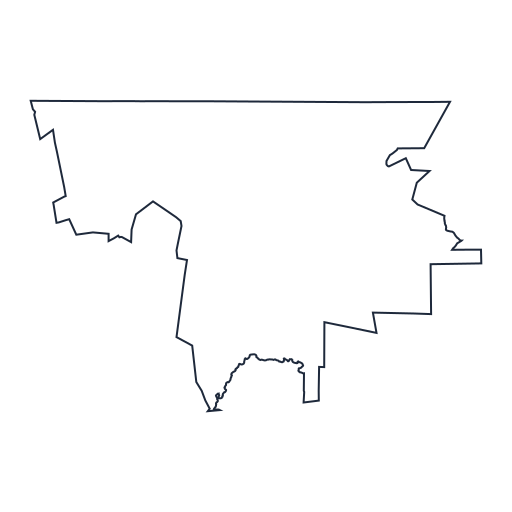 the district of Agua Prieta, Sonora, Mexico
{"feature_id": "50627088B23353633303984", "entity_name": "Agua Prieta", "entity_type": "district", "adm_level": 2, "iso_a3": "MEX", "parent_name": "Mexico", "parent_adm1": "Sonora", "projection": "orthographic", "projection_center": [-109.212, 31.022], "detail": "fine", "context": "isolated", "style": "outline", "palette": "slate", "viewbox_px": 512, "rotation_deg": 0, "n_neighbors": 0, "source": "geoboundaries", "source_scale": "gbopen_adm2", "svg_char_len": 5772}
<svg xmlns="http://www.w3.org/2000/svg" viewBox="0 0 512 512"><path d="M450.0,101.8L431.2,102.0L418.5,102.0L385.4,102.1L364.9,102.2L281.9,101.7L214.5,101.3L145.7,101.2L144.0,101.3L130.6,101.1L103.1,101.2L30.7,100.8L32.9,109.3L35.1,111.8L34.3,114.8L40.2,139.1L53.0,129.8L54.9,142.6L57.0,152.1L64.2,187.2L65.7,196.1L64.1,196.7L53.2,202.5L53.7,205.2L56.5,222.8L58.8,222.4L66.0,220.1L69.2,219.2L76.3,234.7L92.9,232.4L108.6,233.8L108.6,241.1L113.9,238.3L118.2,235.6L119.4,237.3L121.0,236.9L122.0,237.1L131.1,242.1L131.6,229.5L136.0,214.3L153.0,201.4L176.1,217.2L180.7,221.1L181.5,226.0L178.0,242.9L176.5,250.4L177.4,258.1L187.0,260.0L184.7,274.9L176.5,337.1L192.2,345.6L196.3,382.0L201.7,390.8L205.3,400.4L209.7,408.7L207.8,411.2L219.8,410.1L218.8,409.6L218.1,409.5L216.5,409.5L215.8,409.7L213.9,409.2L214.1,408.6L214.4,408.3L214.9,407.7L215.2,407.3L215.5,407.1L215.6,406.8L215.6,406.5L216.0,405.9L216.0,405.7L216.0,404.9L216.2,404.5L216.0,403.5L216.0,403.4L216.2,403.1L216.3,402.6L216.5,402.5L216.9,402.1L217.2,402.0L217.4,401.7L217.7,401.4L217.8,400.2L217.5,399.8L217.4,399.6L217.2,399.3L217.3,399.0L217.3,398.8L216.9,397.6L216.5,396.9L216.1,396.1L216.1,395.8L216.0,395.4L216.3,395.1L216.5,395.0L216.6,394.8L216.9,394.5L217.0,394.5L217.3,394.2L217.8,393.7L218.0,393.7L218.1,393.9L218.6,393.7L218.6,393.8L218.7,394.2L218.9,394.4L219.2,395.5L219.0,395.8L218.9,396.1L218.6,396.8L218.4,397.2L218.4,397.5L218.5,397.8L219.0,398.2L219.9,398.3L220.4,398.3L221.0,398.2L221.8,397.8L221.9,397.4L222.0,397.2L222.3,396.4L222.6,396.4L222.7,395.1L222.9,395.0L222.8,394.5L222.8,394.2L222.9,393.9L223.3,393.4L223.9,392.7L224.3,392.2L224.5,392.2L224.8,392.1L225.0,392.1L225.2,391.9L225.8,391.1L226.1,390.3L226.1,390.0L226.0,389.8L224.9,388.9L224.8,388.7L224.6,388.0L224.6,387.7L224.8,387.4L224.6,387.3L224.8,386.8L225.5,385.6L225.8,385.4L225.9,385.2L226.0,385.1L226.1,384.8L226.0,384.4L226.0,383.9L226.3,383.0L226.4,382.8L226.6,382.7L227.3,382.3L227.5,382.1L227.8,382.1L228.5,382.3L228.7,382.2L229.1,381.8L229.6,381.0L230.4,379.9L230.5,379.6L230.5,379.3L230.5,378.9L230.9,377.7L231.2,377.4L231.2,376.8L231.4,376.4L231.5,376.1L231.8,375.7L231.9,375.3L231.5,374.9L231.3,374.7L231.3,374.4L231.5,373.8L231.6,373.4L232.1,372.9L233.0,372.2L233.3,371.9L233.6,371.7L233.9,371.7L234.5,371.4L235.1,371.0L235.4,370.6L235.7,370.0L235.7,369.9L235.4,369.7L235.4,369.4L235.5,369.2L236.2,368.5L236.7,368.3L237.0,368.1L237.2,367.6L237.6,367.2L238.0,367.1L238.3,366.8L238.4,366.2L238.5,365.8L238.7,365.2L239.0,364.8L239.1,364.7L239.1,364.4L239.1,364.1L239.5,363.9L239.8,363.9L240.4,364.1L241.0,364.4L241.8,364.5L242.1,364.4L242.6,364.3L243.1,364.0L243.5,363.8L243.7,363.6L244.1,362.8L244.2,362.5L244.2,361.4L244.6,360.3L244.6,360.0L244.7,359.7L244.7,359.2L244.9,359.0L245.0,359.0L245.3,358.8L245.3,358.4L245.5,358.3L246.0,358.6L246.4,358.9L246.7,359.0L247.0,359.0L247.3,358.9L247.5,358.8L248.5,358.0L249.3,357.1L249.7,356.0L249.7,355.5L249.8,355.2L250.2,354.9L250.4,354.7L250.9,354.6L251.5,354.5L251.9,354.5L252.7,354.4L253.3,354.3L253.9,354.3L254.5,354.3L255.7,354.8L256.0,355.1L256.4,355.8L256.4,356.3L256.3,356.8L256.5,357.2L257.4,357.7L258.0,358.4L258.2,358.7L258.7,359.0L259.2,359.5L259.9,359.8L260.6,360.0L261.3,359.7L262.0,359.7L264.4,360.4L265.2,360.4L266.2,360.2L266.7,359.9L267.3,359.6L268.5,359.6L269.1,359.3L269.7,359.3L270.1,359.4L272.3,359.5L273.6,359.9L274.0,359.7L274.8,359.4L275.2,359.4L275.7,359.6L275.9,359.8L276.2,360.1L277.3,360.4L277.6,360.4L277.8,360.4L278.2,360.6L278.5,360.8L278.9,361.1L279.0,361.2L279.1,361.5L279.4,361.6L280.3,361.6L281.0,362.0L281.8,362.2L282.3,362.2L282.6,362.1L283.0,361.8L283.4,361.5L283.7,361.4L283.7,361.2L283.7,360.7L284.0,360.3L284.1,359.8L284.0,359.3L283.8,358.8L283.8,358.6L284.1,358.4L284.3,358.4L284.6,358.5L285.1,359.1L285.9,359.6L286.5,359.8L287.1,360.2L287.3,360.4L287.5,360.7L287.9,361.2L288.1,361.3L288.4,361.2L288.7,361.1L289.0,360.5L289.2,360.1L289.5,359.7L289.8,359.2L290.0,359.2L290.2,359.3L290.6,359.3L291.4,359.2L291.6,359.2L292.0,359.8L292.3,360.0L292.2,360.6L292.4,361.2L292.8,361.9L293.1,362.1L294.2,362.7L296.5,363.2L297.3,363.1L297.5,363.0L297.5,362.9L297.5,362.3L297.5,362.0L298.1,361.5L298.2,361.4L298.4,361.5L298.9,362.0L299.2,362.1L299.8,362.3L300.2,362.3L300.6,362.5L301.1,362.9L301.8,363.2L302.3,363.7L302.5,364.0L302.6,364.5L302.9,365.1L303.1,365.3L303.1,365.5L302.8,366.1L302.1,366.7L301.7,366.9L301.4,367.4L301.1,367.7L300.4,368.0L299.2,368.4L298.8,368.4L298.7,368.6L298.7,370.1L298.5,370.3L298.4,370.6L298.5,370.8L298.7,371.1L298.7,371.3L298.9,371.5L299.0,371.5L300.1,372.4L300.4,372.4L300.8,372.3L301.4,372.6L302.3,372.9L302.7,373.2L303.2,373.4L304.0,373.3L303.8,390.8L304.2,391.9L303.6,402.5L318.8,400.6L318.7,390.8L319.1,366.9L324.2,367.1L324.4,322.2L347.1,326.8L376.5,332.9L372.9,312.6L413.8,313.5L431.1,314.1L430.6,264.2L481.3,263.4L481.1,254.2L481.0,249.7L470.7,249.7L464.7,249.7L452.1,249.8L453.1,248.3L453.5,247.9L454.2,247.4L455.7,245.7L457.2,243.3L457.3,243.2L457.9,242.9L458.6,242.5L459.9,241.7L460.7,241.2L461.0,241.0L461.3,240.9L461.6,240.6L461.2,240.6L460.7,240.5L459.6,239.9L458.5,238.6L458.0,238.2L457.2,237.7L455.4,235.5L454.7,234.3L454.2,233.4L453.8,232.8L452.8,232.0L452.0,231.6L451.4,231.6L450.2,231.4L447.2,230.7L446.9,230.5L446.5,230.2L446.2,230.1L445.9,229.5L446.0,229.2L446.0,228.1L446.2,227.7L446.0,226.0L445.8,225.4L445.7,225.2L445.4,225.0L444.8,223.3L444.8,222.8L444.9,222.2L444.7,221.9L444.6,221.4L444.4,220.8L444.6,220.5L444.4,219.7L444.3,219.4L444.2,218.4L444.3,217.0L444.4,216.4L444.5,215.8L417.6,204.5L412.3,199.5L416.8,182.7L429.5,171.0L411.1,170.0L405.8,158.2L389.0,166.4L388.7,166.4L387.9,166.1L386.9,165.1L386.5,164.5L386.4,163.7L386.5,161.0L389.9,155.1L390.1,155.0L391.9,153.9L392.9,153.2L396.9,150.0L397.7,148.4L424.2,148.2L450.0,101.8Z" fill="none" stroke="#1e293b" stroke-width="2"/></svg>